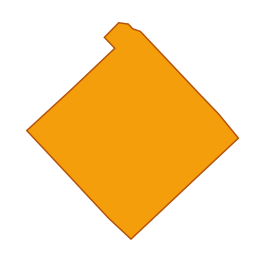 Monroe, Wisconsin, United States of America (orthographic projection), rotated 47°
{"feature_id": "52423323B24305345772996", "entity_name": "Monroe", "entity_type": "district", "adm_level": 2, "iso_a3": "USA", "parent_name": "United States of America", "parent_adm1": "Wisconsin", "projection": "orthographic", "projection_center": [-90.628, 43.943], "detail": "fine", "context": "isolated", "style": "filled", "palette": "amber", "viewbox_px": 256, "rotation_deg": 47, "n_neighbors": 0, "source": "geoboundaries", "source_scale": "gbopen_adm2", "svg_char_len": 368}
<svg xmlns="http://www.w3.org/2000/svg" viewBox="0 0 256 256"><g transform="rotate(47 128 128)"><path d="M210.7,54.2L179.9,52.2L150.5,52.6L65.8,53.1L58.6,56.9L52.2,56.9L44.7,63.0L45.6,83.5L60.7,83.3L61.2,143.3L60.8,203.8L137.2,203.7L142.8,203.8L181.0,203.7L211.3,201.6L211.1,144.9L210.9,114.7L210.7,54.2Z" fill="#f59e0b" stroke="#b45309" stroke-width="1.5"/></g></svg>